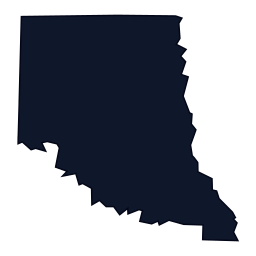 the district of Sevier, Arkansas, United States of America
{"feature_id": "52423323B63638786048943", "entity_name": "Sevier", "entity_type": "district", "adm_level": 2, "iso_a3": "USA", "parent_name": "United States of America", "parent_adm1": "Arkansas", "projection": "albers", "projection_center": [-94.206, 33.972], "detail": "fine", "context": "isolated", "style": "filled", "palette": "ink", "viewbox_px": 256, "rotation_deg": 0, "n_neighbors": 0, "source": "geoboundaries", "source_scale": "gbopen_adm2", "svg_char_len": 946}
<svg xmlns="http://www.w3.org/2000/svg" viewBox="0 0 256 256"><path d="M18.1,143.7L22.3,141.9L31.1,149.7L35.6,148.3L45.7,151.2L41.7,142.7L47.2,141.5L57.0,143.8L59.4,147.8L55.6,167.1L67.1,171.2L62.5,176.1L75.8,173.5L79.1,184.8L82.6,183.4L91.6,188.3L91.9,204.8L99.5,200.4L106.2,206.6L113.7,206.6L119.7,214.7L127.8,208.3L128.0,213.9L139.0,209.6L142.5,210.6L139.8,221.3L151.7,223.8L158.1,221.0L159.3,224.9L168.9,220.2L183.7,224.3L203.1,224.9L202.7,239.6L237.9,240.6L233.5,232.1L237.0,222.9L233.3,218.9L235.4,217.6L232.5,212.2L219.0,198.6L216.6,191.0L212.3,190.0L212.0,178.7L197.9,171.8L197.7,162.5L194.1,157.7L192.2,155.7L190.5,144.9L195.9,129.8L191.3,124.0L192.0,114.0L189.5,112.8L183.1,96.1L188.2,76.9L181.2,74.5L185.6,61.7L180.6,56.2L186.1,49.4L176.3,44.4L179.9,38.4L178.8,23.3L181.9,18.1L175.6,16.0L117.6,15.4L117.1,15.4L21.4,16.6L19.2,102.3L19.2,103.5L18.3,135.3L18.2,137.1L18.1,143.7Z" fill="#0f172a" stroke="#020617" stroke-width="1.5"/></svg>